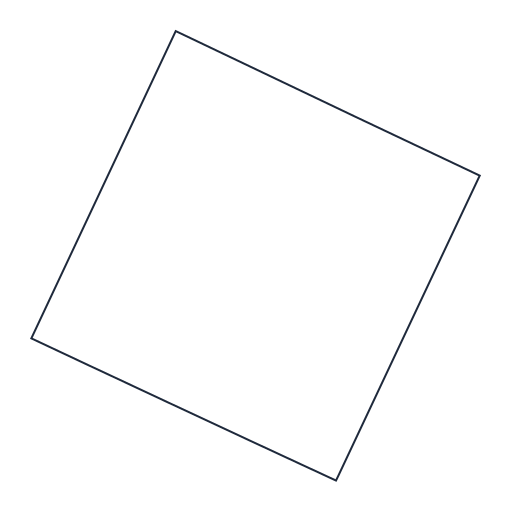 outline of Chapaleufú, La Pampa, Argentina, rotated 205°
{"feature_id": "61730980B17447660038504", "entity_name": "Chapaleufú", "entity_type": "district", "adm_level": 2, "iso_a3": "ARG", "parent_name": "Argentina", "parent_adm1": "La Pampa", "projection": "albers", "projection_center": [-63.678, -35.228], "detail": "fine", "context": "isolated", "style": "outline", "palette": "slate", "viewbox_px": 512, "rotation_deg": 205, "n_neighbors": 0, "source": "geoboundaries", "source_scale": "gbopen_adm2", "svg_char_len": 378}
<svg xmlns="http://www.w3.org/2000/svg" viewBox="0 0 512 512"><g transform="rotate(205 256 256)"><path d="M424.0,361.4L424.8,86.4L424.0,86.4L360.5,86.2L337.1,86.2L273.0,86.1L183.0,86.1L126.8,86.2L88.6,86.3L88.5,91.9L88.0,234.0L87.6,330.0L87.6,333.4L87.2,423.4L87.9,423.4L225.5,424.2L423.0,425.9L423.8,425.9L424.0,361.4Z" fill="none" stroke="#1e293b" stroke-width="2"/></g></svg>